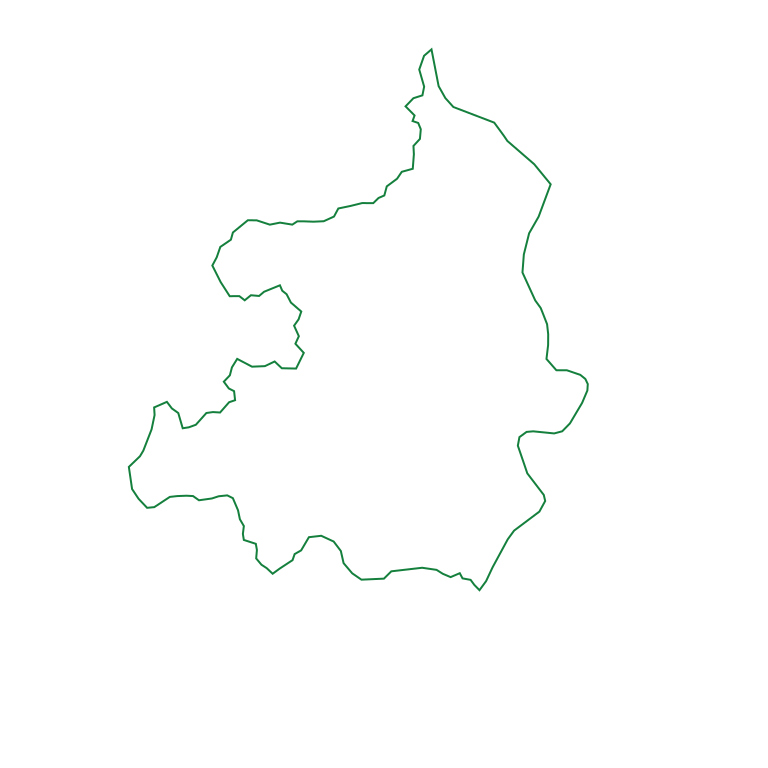 Taquari, Rio Grande do Sul, Brazil (Albers equal-area conic projection), rotated 228°
{"feature_id": "56859067B40786512942851", "entity_name": "Taquari", "entity_type": "district", "adm_level": 2, "iso_a3": "BRA", "parent_name": "Brazil", "parent_adm1": "Rio Grande do Sul", "projection": "albers", "projection_center": [-51.816, -29.739], "detail": "fine", "context": "isolated", "style": "outline", "palette": "green", "viewbox_px": 768, "rotation_deg": 228, "n_neighbors": 0, "source": "geoboundaries", "source_scale": "gbopen_adm2", "svg_char_len": 2254}
<svg xmlns="http://www.w3.org/2000/svg" viewBox="0 0 768 768"><g transform="rotate(228 384 384)"><path d="M169.2,328.0L175.1,342.0L185.8,372.1L188.0,382.6L185.2,414.1L189.2,425.5L194.6,428.5L221.7,430.7L231.0,434.7L248.6,442.2L253.9,449.1L253.0,457.9L249.0,463.2L233.4,477.4L229.6,484.8L230.3,495.8L237.4,518.6L243.1,530.8L247.6,535.4L253.0,537.0L259.4,536.0L271.8,529.1L278.9,521.3L293.9,521.5L303.1,532.0L311.1,539.3L319.3,545.2L330.4,549.4L335.6,551.3L344.9,552.3L374.2,561.5L386.7,574.6L398.9,592.7L404.9,610.9L420.9,641.5L446.8,642.7L482.0,638.3L488.6,639.2L504.5,640.8L543.4,620.9L555.4,620.9L568.8,623.9L600.9,643.2L601.1,633.4L594.1,620.6L578.1,612.8L572.8,605.7L576.7,597.1L575.9,585.8L563.1,586.4L560.3,581.2L555.1,584.1L548.7,581.8L542.1,574.7L541.2,565.2L534.7,559.9L524.7,549.4L529.8,539.2L527.8,531.1L529.0,518.3L523.9,510.4L525.9,504.4L525.6,497.0L533.1,488.8L538.7,478.3L545.0,467.5L541.9,458.9L545.3,448.1L551.8,440.2L558.4,433.4L562.9,428.4L563.8,422.5L573.5,414.7L578.8,405.8L590.8,398.9L596.8,392.4L597.7,373.1L593.7,366.8L595.4,354.1L590.1,344.5L586.9,335.7L569.0,330.8L552.5,328.1L546.1,335.3L539.4,336.5L539.0,344.5L533.0,350.1L532.8,356.6L529.0,367.1L527.0,372.7L521.4,370.8L515.9,371.7L506.8,369.3L493.2,371.0L489.2,363.8L487.5,356.2L476.5,352.7L473.2,345.1L460.8,345.2L454.3,329.0L464.1,318.6L473.9,317.8L477.0,307.4L485.2,297.5L500.9,291.7L498.1,282.1L493.6,275.3L492.9,266.5L484.5,265.7L479.0,267.8L471.6,262.5L474.1,256.7L472.5,243.1L477.6,238.1L481.3,232.6L479.6,216.9L482.4,210.0L485.8,204.8L500.1,211.7L507.8,210.0L516.0,210.7L520.4,197.5L514.4,192.7L505.8,180.9L495.5,160.5L493.6,154.3L493.1,138.9L474.5,126.5L462.9,124.8L450.5,125.1L446.2,130.9L443.4,149.3L439.1,155.3L433.1,162.5L428.5,167.1L421.4,168.7L414.1,179.5L411.2,186.0L406.1,193.0L400.3,195.3L387.8,191.0L379.9,186.4L372.2,184.8L367.0,178.8L361.9,175.5L351.0,181.8L345.7,178.5L339.9,172.3L331.7,172.0L325.7,173.6L317.5,174.3L316.6,183.1L314.3,198.2L317.4,203.8L315.8,211.1L320.4,225.7L313.2,235.8L300.6,241.2L288.8,240.2L277.9,234.1L264.6,233.7L253.7,236.3L239.4,253.7L239.9,264.1L221.9,289.4L210.7,298.7L203.6,300.7L195.9,304.3L192.7,313.7L187.0,312.3L180.5,317.3L174.3,316.7L166.9,317.0L169.2,328.0Z" fill="none" stroke="#15803d" stroke-width="2"/></g></svg>